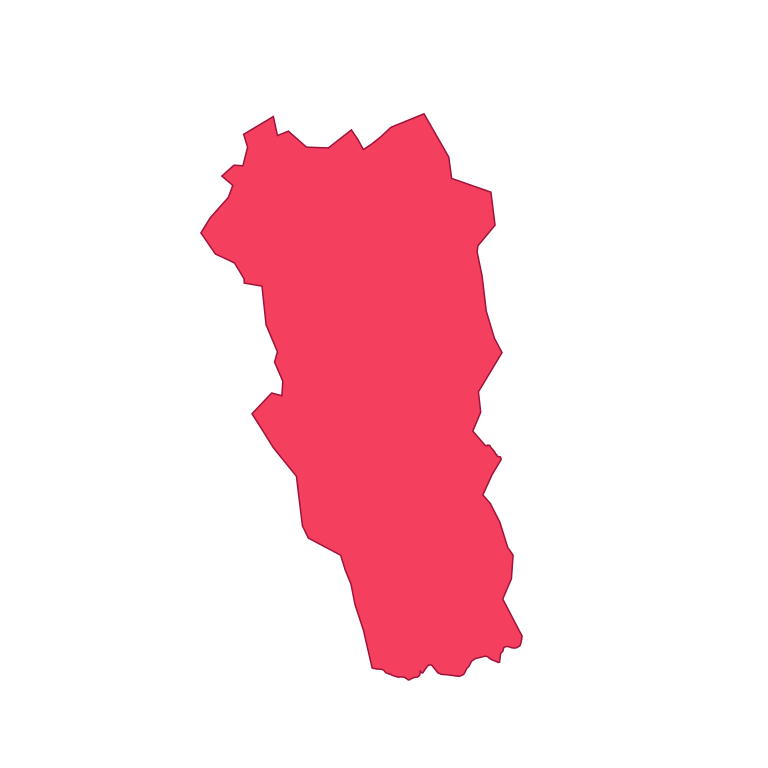 outline of Erdenebulgan, Hövsgöl, Mongolia, rotated 116°
{"feature_id": "93677404B61429445787704", "entity_name": "Erdenebulgan", "entity_type": "district", "adm_level": 2, "iso_a3": "MNG", "parent_name": "Mongolia", "parent_adm1": "Hövsgöl", "projection": "albers", "projection_center": [102.044, 50.219], "detail": "fine", "context": "isolated", "style": "filled", "palette": "rose", "viewbox_px": 768, "rotation_deg": 116, "n_neighbors": 0, "source": "geoboundaries", "source_scale": "gbopen_adm2", "svg_char_len": 2619}
<svg xmlns="http://www.w3.org/2000/svg" viewBox="0 0 768 768"><g transform="rotate(116 384 384)"><path d="M192.6,353.8L164.7,372.0L169.6,413.3L151.6,425.3L123.6,466.5L150.2,490.3L163.4,495.3L174.0,500.4L182.3,505.3L175.9,514.4L175.8,514.5L170.0,524.6L169.9,524.7L196.0,537.4L196.2,537.5L205.1,557.5L198.7,580.7L198.6,580.8L207.4,588.7L192.1,600.7L221.1,619.6L230.9,610.5L231.0,610.4L249.7,606.5L253.1,614.8L268.2,620.9L271.8,607.0L284.6,605.7L310.9,613.1L328.5,614.8L328.5,614.7L341.1,592.5L341.1,592.4L340.7,571.5L350.8,555.9L354.6,553.8L349.5,536.6L382.7,515.8L382.7,515.7L401.7,494.0L401.8,493.9L412.2,492.0L412.3,492.0L425.8,476.2L439.3,470.7L441.3,481.0L468.6,489.6L478.9,472.9L479.0,472.7L489.8,455.5L505.3,422.3L547.3,395.1L555.7,384.4L556.9,347.9L568.4,337.1L578.4,325.9L594.8,313.5L614.5,294.4L644.4,270.2L644.3,268.7L643.7,267.5L643.5,265.9L642.3,263.2L641.6,261.0L641.5,260.6L641.3,259.5L641.4,258.8L642.5,256.3L642.7,255.8L642.4,251.7L641.9,251.1L641.8,250.5L642.3,249.8L641.9,246.0L641.2,242.4L640.1,241.0L638.7,237.4L638.7,236.5L639.0,235.7L638.9,235.1L638.9,234.7L639.3,233.0L639.2,232.1L638.6,231.2L638.0,231.2L634.3,228.0L633.1,225.8L632.2,225.1L631.2,224.6L629.9,224.3L628.7,224.6L626.4,225.4L627.0,223.5L627.0,223.4L626.9,222.7L626.5,222.4L623.5,222.1L622.4,222.0L617.3,220.8L615.7,218.4L615.6,218.2L617.0,215.3L620.1,208.7L619.7,206.0L620.0,205.5L617.5,199.4L615.0,191.7L613.8,188.2L611.7,186.3L610.1,185.1L607.0,184.8L604.3,185.0L603.6,185.0L601.3,184.1L600.7,183.9L600.4,183.9L594.6,183.7L590.8,181.5L584.8,174.4L583.9,172.9L583.7,171.3L584.2,169.5L584.6,166.0L584.5,164.8L584.2,161.2L584.2,159.2L583.4,158.2L582.5,158.5L582.4,158.5L575.4,160.9L574.8,160.9L572.0,160.0L568.5,160.8L567.4,160.1L566.0,158.4L565.5,156.9L565.1,153.5L564.7,152.4L564.3,151.2L563.0,149.3L560.1,147.2L558.7,147.1L555.0,147.8L553.3,148.2L551.6,149.0L550.1,149.3L525.2,183.0L503.2,184.1L481.3,192.9L476.6,201.2L457.4,219.3L445.0,235.8L444.9,235.8L440.4,246.5L418.1,247.1L400.5,245.6L400.0,245.9L399.4,246.5L398.9,246.8L398.6,247.3L398.6,247.7L398.7,248.2L398.9,248.9L399.2,249.6L399.2,250.4L399.0,250.8L398.8,251.1L398.4,251.3L398.2,251.7L398.2,252.0L398.0,252.7L397.6,253.6L397.1,254.0L396.7,254.5L396.2,255.3L395.7,256.6L395.2,257.5L395.0,258.2L394.6,259.2L394.3,260.0L393.7,260.8L393.4,261.0L393.1,261.4L393.0,261.8L392.9,262.4L393.3,263.6L393.5,264.1L394.1,264.4L394.7,265.2L394.8,265.7L394.9,266.1L394.4,267.1L393.1,270.2L387.4,283.5L367.0,284.7L349.6,295.7L304.0,291.7L294.5,304.8L294.4,304.9L273.7,324.0L244.2,343.0L224.6,358.1L218.7,360.2L192.6,353.8Z" fill="#f43f5e" stroke="#9f1239" stroke-width="1.5"/></g></svg>